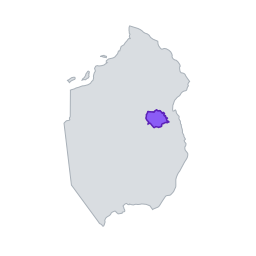 location of Mbarali, Mbeya, United Republic of Tanzania, rotated 234°
{"feature_id": "72390352B36245556910711", "entity_name": "Mbarali", "entity_type": "district", "adm_level": 2, "iso_a3": "TZA", "parent_name": "United Republic of Tanzania", "parent_adm1": "Mbeya", "projection": "orthographic", "projection_center": [34.247, -8.278], "detail": "fine", "context": "in_parent", "style": "filled", "palette": "violet", "viewbox_px": 256, "rotation_deg": 234, "n_neighbors": 0, "source": "geoboundaries", "source_scale": "gbopen_adm2", "svg_char_len": 7012}
<svg xmlns="http://www.w3.org/2000/svg" viewBox="0 0 256 256"><g transform="rotate(234 128 128)"><path d="M99.7,173.1L97.3,171.8L95.1,171.1L93.3,170.2L92.5,169.4L90.9,169.1L89.4,168.9L88.1,168.2L85.3,167.9L85.0,167.4L85.0,166.2L84.5,165.9L83.5,165.7L82.4,165.7L81.8,165.8L81.4,165.8L80.5,165.1L79.7,164.2L79.3,162.9L78.1,162.0L76.6,161.3L72.6,161.4L72.0,161.2L71.0,160.5L69.9,159.4L69.0,158.1L68.2,156.3L67.3,153.9L62.7,144.4L62.2,142.6L61.2,140.6L59.7,138.2L58.2,136.4L56.0,134.8L53.6,133.1L52.3,132.0L49.8,127.6L49.3,125.5L48.9,123.3L49.0,122.4L50.5,119.6L50.7,118.8L50.5,117.7L49.7,115.5L48.7,112.8L46.7,107.9L46.4,106.6L46.4,105.7L47.6,100.7L47.5,100.0L52.2,100.0L55.6,97.8L58.5,94.5L59.1,93.1L60.3,91.0L61.4,89.9L61.9,89.2L62.6,87.1L64.1,85.6L65.6,84.5L65.3,83.8L65.5,83.5L66.3,82.9L67.9,82.4L68.2,81.3L68.2,80.0L68.0,79.4L68.0,78.6L67.8,78.1L66.7,78.0L65.2,77.4L63.8,77.2L63.0,76.8L62.6,76.5L62.5,75.8L63.2,73.9L62.5,73.1L64.1,69.9L64.4,69.5L65.0,69.5L65.9,69.1L66.8,68.9L67.5,69.1L68.0,68.9L68.5,68.6L68.8,67.5L69.2,65.7L69.0,64.2L68.3,63.1L68.1,61.4L68.4,59.1L68.2,57.1L67.4,55.6L66.7,54.7L65.5,54.3L63.7,51.9L63.1,50.8L63.2,50.1L63.9,49.8L65.0,49.9L66.1,49.6L67.1,49.0L68.1,48.8L68.7,48.9L115.1,48.7L169.4,79.0L169.6,79.4L170.0,82.0L169.9,82.8L169.1,84.3L168.8,85.1L168.8,85.7L169.0,85.9L169.7,86.0L170.3,86.3L170.6,86.6L171.0,87.7L171.6,88.3L192.1,103.4L192.5,103.6L192.2,104.8L191.1,107.8L191.0,109.1L190.5,110.6L190.1,111.5L188.9,115.8L187.9,117.4L186.5,121.1L186.2,123.9L187.0,125.9L187.2,127.8L188.8,129.7L190.0,130.3L190.9,131.2L192.4,133.1L193.2,135.1L195.9,136.0L197.0,138.2L196.6,139.7L195.3,140.9L194.1,142.9L193.1,145.5L193.1,149.5L193.7,148.9L195.1,149.9L195.3,152.8L193.8,156.2L193.3,157.8L193.2,159.2L194.2,163.3L195.8,165.4L195.7,166.1L195.2,166.6L198.0,170.4L197.7,173.6L198.7,176.1L199.1,178.3L199.7,180.0L199.9,181.1L199.0,182.4L201.0,182.7L202.2,183.8L202.7,184.8L204.2,184.8L204.9,185.5L206.1,186.0L208.5,187.8L209.2,188.6L209.6,189.4L202.6,194.6L200.1,195.9L198.3,196.5L196.4,196.8L194.6,197.6L192.8,198.9L190.7,199.6L188.0,199.5L185.2,200.4L180.7,203.1L178.2,201.6L176.2,201.1L173.9,201.1L172.5,201.3L172.0,201.6L171.5,202.5L171.1,204.0L169.6,205.5L166.9,206.8L164.5,207.3L162.2,207.0L160.7,206.4L159.9,205.6L158.8,205.2L157.2,205.2L155.7,205.8L154.3,206.9L152.1,207.3L149.0,207.2L147.3,206.6L147.1,205.7L145.8,204.7L143.3,203.4L141.5,203.4L140.3,204.6L139.2,205.3L138.2,205.6L137.4,205.6L136.1,205.3L132.7,205.2L129.4,205.2L129.1,203.5L128.4,202.5L127.9,201.9L126.7,201.7L126.4,201.2L126.1,200.2L125.5,199.3L124.8,198.5L124.3,197.8L124.2,197.2L124.3,196.5L125.0,194.8L125.2,193.6L125.1,192.3L124.8,191.1L124.0,189.6L124.1,189.2L123.8,188.2L123.8,187.5L123.9,186.6L123.8,185.4L123.1,182.9L123.1,182.3L122.4,181.1L120.3,178.2L120.2,177.8L116.8,175.0L115.4,174.3L114.9,174.9L114.7,175.4L114.9,176.3L114.8,176.8L114.7,177.0L113.9,176.9L113.3,176.8L112.1,176.1L111.1,175.9L108.6,176.0L107.7,176.2L107.0,176.0L105.7,174.7L104.1,174.4L102.8,174.4L100.5,172.9L99.7,173.1ZM196.4,125.6L197.5,128.8L197.3,129.4L196.5,129.7L196.1,129.7L195.6,129.2L195.3,128.2L194.7,128.4L193.7,127.1L192.7,127.0L191.8,125.5L192.1,124.2L192.0,121.9L193.1,120.8L193.7,118.9L194.4,120.2L194.5,122.3L195.5,124.7L196.4,125.6ZM202.0,106.9L202.1,107.6L201.8,108.3L201.9,110.6L201.8,112.1L200.9,114.1L200.2,114.8L199.6,114.6L199.1,114.3L198.7,113.7L199.5,109.9L199.2,107.2L200.7,107.4L202.0,106.9ZM199.2,152.4L198.4,152.6L198.1,152.4L197.7,151.7L198.5,151.2L199.3,150.2L201.3,148.7L202.2,147.5L202.0,148.7L200.9,151.3L200.0,151.4L199.2,152.4Z" fill="#d9dde1" stroke="#a8b0b8" stroke-width="1"/><path d="M119.4,146.5L119.1,148.3L119.1,148.5L118.8,148.7L118.7,148.7L118.4,148.8L118.2,148.8L117.3,148.9L117.2,148.9L116.8,148.9L116.4,148.9L116.0,148.9L115.8,148.9L115.5,149.0L115.4,149.0L115.2,149.0L114.9,149.0L114.6,149.1L114.4,149.1L114.1,149.1L113.8,149.1L113.7,149.1L113.4,149.1L113.2,149.3L112.9,149.5L112.8,149.8L112.8,150.0L112.8,150.3L112.8,150.5L112.8,151.0L112.8,151.3L112.6,151.5L112.3,151.8L112.1,151.9L111.9,152.0L111.6,152.4L111.4,152.5L111.2,152.8L110.9,152.9L110.7,153.0L110.4,153.2L110.4,153.3L110.4,153.5L110.3,153.8L110.2,154.1L110.2,154.3L110.0,154.5L109.9,154.7L109.9,154.8L109.8,155.0L109.8,155.4L109.7,155.5L109.7,156.0L109.8,156.1L109.8,156.4L109.9,156.5L110.0,156.5L110.3,156.6L110.4,156.8L110.5,156.8L110.7,157.0L110.8,157.2L111.0,157.3L111.2,157.7L111.2,157.9L111.2,158.0L111.2,158.3L111.2,158.6L111.0,158.8L110.8,159.0L110.8,159.3L110.7,159.5L110.8,159.7L110.7,159.9L110.7,160.0L110.7,160.3L110.6,160.5L110.5,160.8L110.6,161.0L110.6,161.3L110.4,161.5L110.2,161.8L110.1,162.0L109.9,162.3L109.7,162.4L109.6,162.5L109.3,162.7L109.3,162.8L109.2,162.9L109.2,163.0L109.2,163.3L109.2,163.5L109.1,163.8L109.0,164.1L108.9,164.4L108.9,164.6L109.2,164.5L109.4,164.5L109.5,164.5L109.8,164.5L110.0,164.5L110.1,164.4L110.2,164.2L110.3,164.0L110.3,163.9L110.5,163.9L110.7,163.7L110.8,163.7L110.9,163.8L111.0,163.8L111.2,164.0L111.3,164.0L111.7,164.0L111.8,164.0L112.4,164.3L112.7,165.1L112.8,165.6L113.0,165.6L113.0,165.3L113.1,165.0L113.2,164.7L113.4,164.6L113.7,164.6L113.8,164.6L114.0,164.6L114.0,164.8L114.0,165.0L114.4,165.1L114.6,165.1L114.9,165.1L115.0,165.1L115.4,165.0L115.4,165.3L115.5,165.4L115.8,165.5L116.0,165.5L116.1,165.4L116.1,165.2L116.3,165.2L116.3,164.7L116.6,164.6L116.9,164.6L117.0,164.6L117.3,164.6L117.5,164.7L117.7,164.8L117.8,164.9L117.8,165.1L118.0,165.3L118.1,165.5L118.2,165.8L118.3,165.8L118.4,166.0L118.9,166.0L119.7,165.8L119.7,165.5L119.7,165.3L119.7,165.0L119.8,165.0L119.7,164.5L119.8,164.4L120.8,164.4L121.2,164.5L121.3,164.4L121.6,164.4L121.8,164.3L122.0,164.2L122.5,164.2L122.9,164.1L123.0,164.2L123.5,163.8L123.6,163.2L123.8,163.1L123.9,162.9L124.0,162.7L124.1,162.4L124.3,162.4L124.5,162.3L124.6,162.2L125.4,162.0L125.6,162.0L125.8,161.9L125.8,161.7L126.0,161.6L126.0,161.4L126.0,161.2L125.9,160.8L125.9,160.7L126.0,160.6L126.0,160.4L126.0,160.1L126.1,159.9L126.1,159.7L126.0,159.3L125.9,159.3L125.9,159.2L125.7,159.1L125.6,158.9L125.5,158.7L125.7,158.4L125.7,158.2L125.8,158.2L126.0,158.0L126.2,157.9L126.3,157.7L126.4,157.4L126.6,157.4L126.7,157.2L126.8,157.0L126.9,156.9L127.0,156.8L127.1,156.7L127.3,156.4L127.4,156.2L127.6,156.1L127.7,155.8L127.9,155.7L128.1,155.5L128.3,155.2L128.6,154.9L128.7,154.7L128.8,154.6L129.0,154.5L129.1,154.4L129.3,154.3L129.4,154.1L129.5,153.9L129.6,153.7L129.4,153.6L129.3,153.4L129.2,153.3L129.1,153.2L129.0,152.9L128.9,152.8L128.9,152.7L128.7,152.3L128.6,152.1L128.5,151.9L128.4,151.7L128.2,151.4L128.1,151.2L128.0,150.8L127.9,150.8L128.0,150.8L128.0,150.7L127.9,150.6L127.5,150.3L127.1,150.1L126.8,149.8L126.7,149.7L126.4,149.4L126.2,149.2L126.0,148.9L125.9,148.8L125.8,148.7L125.6,148.4L125.3,148.2L125.1,148.2L124.7,148.1L124.2,148.0L123.8,148.0L122.9,147.9L122.6,147.9L122.3,148.0L122.0,148.1L121.9,148.1L121.6,148.1L121.4,148.1L121.2,148.2L120.8,148.2L120.7,148.2L120.4,147.8L120.2,147.6L120.1,147.4L119.9,147.1L119.8,146.9L119.7,146.8L119.6,146.6L119.4,146.5Z" fill="#8b5cf6" stroke="#5b21b6" stroke-width="1.5"/></g></svg>